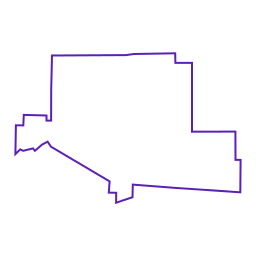 outline of Elk, Pennsylvania, United States of America
{"feature_id": "52423323B9746722230596", "entity_name": "Elk", "entity_type": "district", "adm_level": 2, "iso_a3": "USA", "parent_name": "United States of America", "parent_adm1": "Pennsylvania", "projection": "orthographic", "projection_center": [-78.756, 41.416], "detail": "fine", "context": "isolated", "style": "outline", "palette": "violet", "viewbox_px": 256, "rotation_deg": 0, "n_neighbors": 0, "source": "geoboundaries", "source_scale": "gbopen_adm2", "svg_char_len": 521}
<svg xmlns="http://www.w3.org/2000/svg" viewBox="0 0 256 256"><path d="M192.0,62.9L175.4,62.9L175.2,53.3L134.0,54.0L125.9,55.1L88.5,55.3L52.0,55.5L51.2,89.8L51.1,120.6L46.5,120.6L46.5,115.5L23.8,114.9L23.3,125.4L15.9,125.3L15.4,154.1L20.2,149.4L23.2,150.8L33.0,148.4L34.9,150.8L42.2,144.5L47.6,141.7L51.0,146.7L109.6,181.4L108.8,192.6L116.2,192.8L116.1,202.7L132.5,197.2L132.8,184.6L175.3,187.9L240.3,192.3L240.6,159.9L235.5,159.9L235.4,131.6L192.0,131.7L192.0,62.9Z" fill="none" stroke="#5b21b6" stroke-width="2"/></svg>